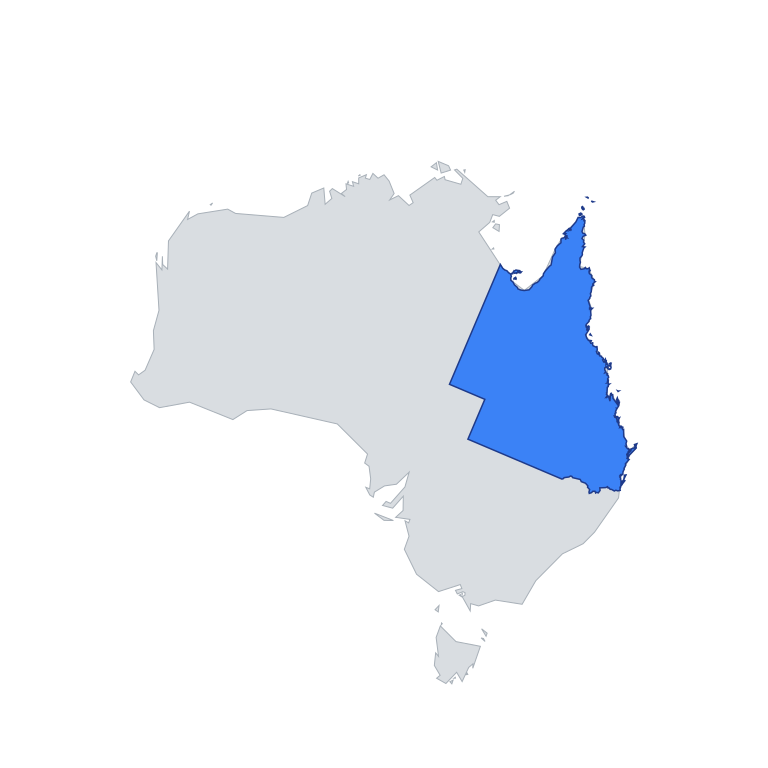 Australia, with Queensland highlighted, rotated 23°
{"feature_id": "AUS-2657", "entity_name": "Queensland", "entity_type": "State", "adm_level": 1, "iso_a3": "AUS", "parent_name": "Australia", "parent_adm1": "", "projection": "mercator", "projection_center": [147.106, -19.205], "detail": "fine", "context": "in_parent", "style": "filled", "palette": "blue", "viewbox_px": 768, "rotation_deg": 23, "n_neighbors": 0, "source": "natural_earth", "source_scale": "10m", "svg_char_len": 9892}
<svg xmlns="http://www.w3.org/2000/svg" viewBox="0 0 768 768"><g transform="rotate(23 384 384)"><path d="M510.7,167.9L518.1,199.4L527.3,197.8L537.7,207.2L539.5,226.7L545.7,233.5L547.3,251.7L551.7,261.3L582.2,279.1L594.3,308.7L597.7,310.2L598.3,304.9L605.0,310.3L606.0,307.7L608.8,322.8L612.8,327.4L621.5,332.1L638.6,358.2L638.0,375.8L644.4,397.2L635.7,438.1L629.7,453.2L614.6,470.6L600.6,505.7L597.2,532.8L570.9,539.4L557.8,551.3L549.6,552.3L552.0,559.2L539.1,549.2L541.0,546.8L540.1,544.4L537.8,544.3L533.5,548.6L530.4,546.0L535.6,541.9L532.6,538.8L515.3,553.8L488.3,546.4L467.3,528.2L466.5,514.3L456.8,501.7L460.9,502.2L460.8,498.5L446.8,502.2L451.0,493.0L445.6,479.7L440.5,494.9L430.1,496.4L431.8,491.3L436.6,491.3L443.5,470.6L441.6,455.3L434.6,471.4L424.3,477.6L417.4,487.3L418.4,492.4L414.3,491.7L407.6,486.2L411.8,486.1L408.8,476.5L402.4,465.6L397.1,464.3L396.2,454.9L356.6,439.0L289.7,451.1L268.3,462.0L258.8,475.8L212.1,476.7L186.6,493.5L169.3,492.4L150.0,481.1L149.8,469.6L154.5,471.5L158.7,464.7L158.9,442.0L150.9,425.0L148.1,404.1L126.7,361.3L135.0,365.8L130.1,353.0L133.6,360.5L139.9,362.8L129.7,336.5L137.4,300.9L138.9,309.3L146.2,300.1L171.8,284.1L180.7,285.0L226.7,269.8L244.0,249.6L242.9,236.5L252.0,227.1L259.6,241.6L263.5,233.6L258.6,227.8L260.1,224.3L275.0,226.7L270.3,225.3L273.5,219.6L270.8,214.6L278.8,213.9L275.9,210.1L282.5,209.6L280.2,204.2L286.0,198.2L286.4,201.8L291.0,201.3L291.5,194.5L298.1,196.9L302.3,191.4L309.4,195.2L318.9,204.7L317.3,212.4L323.7,205.0L337.3,209.9L340.0,205.7L334.0,200.0L350.0,174.1L353.1,175.8L358.5,169.4L360.4,172.1L376.7,170.1L376.2,163.9L365.3,159.4L367.1,157.8L406.4,171.0L417.8,166.2L415.0,171.2L419.8,174.0L425.7,167.9L430.9,173.1L424.7,184.6L417.9,185.6L418.2,193.9L411.8,207.0L447.5,230.9L457.3,233.3L460.4,239.0L476.6,243.0L488.1,222.2L488.9,192.1L490.7,180.9L494.7,178.2L491.6,173.1L501.5,151.6L510.7,167.9ZM530.4,584.7L550.9,593.0L575.2,587.8L576.8,611.0L575.2,606.8L572.7,611.8L572.2,627.4L563.5,621.0L558.0,635.5L547.4,634.3L549.5,630.2L540.3,623.4L536.6,611.3L540.6,613.4L531.0,596.9L530.4,584.7ZM346.9,157.9L358.2,157.9L361.7,161.1L354.2,167.5L346.9,157.9ZM425.7,506.6L446.0,506.0L437.3,509.5L425.7,506.6ZM428.0,192.2L430.3,198.6L423.1,197.6L424.2,193.0L428.0,192.2ZM637.5,355.1L637.0,347.2L639.8,340.6L640.9,345.4L637.5,355.1ZM569.5,571.2L576.3,573.1L576.5,576.3L569.5,571.2ZM345.8,159.8L349.7,166.1L342.5,165.7L345.8,159.8ZM523.0,572.6L519.2,571.8L521.2,566.4L523.0,572.6ZM466.1,228.2L462.7,230.1L459.3,231.2L461.0,227.5L466.1,228.2ZM126.7,359.4L123.9,355.6L123.6,352.0L124.1,351.8L126.7,359.4ZM575.0,579.4L577.6,581.5L572.6,579.8L575.0,579.4ZM611.3,323.8L613.9,323.8L613.9,327.3L611.3,323.8ZM548.1,251.5L551.2,253.5L550.7,254.6L548.1,251.5ZM563.3,629.6L563.6,633.5L561.0,632.3L563.3,629.6ZM642.0,378.8L642.3,383.2L641.9,383.2L642.0,378.8ZM375.6,157.6L373.8,155.9L375.0,155.0L375.6,157.6ZM428.3,158.0L425.5,161.2L428.8,155.6L428.3,158.0ZM642.4,373.5L641.1,375.0L642.0,373.4L642.4,373.5ZM432.4,216.8L430.9,217.5L431.7,215.9L432.4,216.8ZM422.3,192.0L420.4,192.4L421.6,190.4L422.3,192.0ZM155.5,284.3L154.9,287.0L154.0,286.8L155.5,284.3ZM498.2,150.1L498.1,152.3L497.3,150.7L498.2,150.1ZM537.8,545.6L538.3,547.3L537.6,546.8L537.8,545.6ZM424.8,162.1L421.1,164.3L424.9,161.5L424.8,162.1ZM280.5,201.0L279.1,202.6L280.0,200.8L280.5,201.0ZM564.7,626.8L563.4,627.5L564.2,626.1L564.7,626.8ZM464.5,235.9L462.4,235.9L463.5,234.5L464.5,235.9ZM272.9,212.7L271.9,213.6L271.8,211.5L272.9,212.7ZM574.6,618.6L572.8,619.7L573.4,617.6L574.6,618.6ZM499.4,144.2L499.2,145.7L498.1,145.0L499.4,144.2ZM536.8,547.9L538.6,549.5L535.7,549.0L536.8,547.9ZM585.8,278.9L584.5,279.0L585.0,277.2L585.8,278.9ZM597.1,304.6L596.4,304.7L596.9,303.3L597.1,304.6ZM531.3,581.9L530.8,583.3L530.3,581.5L531.3,581.9Z" fill="#d9dde1" stroke="#a8b0b8" stroke-width="1"/><path d="M444.4,228.5L448.2,231.2L450.7,231.9L452.8,231.7L455.2,232.9L457.3,233.2L459.2,235.1L459.2,236.9L460.3,239.0L462.8,239.7L465.4,241.8L469.1,243.0L470.0,244.1L473.1,244.1L476.5,243.2L480.8,240.6L482.2,236.5L482.1,234.9L483.9,232.0L485.4,230.7L486.6,227.9L486.5,226.7L488.3,222.1L487.7,220.3L488.4,216.6L490.3,210.9L491.3,209.2L489.5,201.2L490.5,196.3L488.8,193.0L489.6,189.1L491.7,184.9L490.3,181.4L490.9,180.2L492.5,179.2L493.2,177.2L494.1,177.9L494.8,180.4L494.4,178.4L495.7,177.9L493.4,177.1L495.3,176.2L493.0,176.1L491.7,175.1L492.4,174.5L491.3,174.4L491.3,175.4L491.8,175.6L490.4,175.6L492.0,171.5L493.2,171.6L492.5,171.2L493.5,168.6L494.5,167.9L494.6,169.9L495.2,169.0L495.9,169.4L496.0,169.0L495.0,168.2L495.0,167.1L497.3,159.8L497.6,154.8L499.8,154.1L501.4,151.7L502.7,151.4L503.5,152.2L502.2,153.5L502.0,154.7L503.2,153.7L504.1,154.6L504.2,155.5L505.1,155.1L506.0,157.7L505.9,159.1L506.8,160.4L506.1,161.7L506.7,166.4L508.3,167.6L509.8,167.2L511.6,168.1L509.5,170.4L509.4,172.8L511.7,173.6L512.2,175.5L514.0,176.5L513.0,180.0L515.4,179.4L514.8,180.6L514.9,182.6L515.2,185.9L516.0,187.1L516.1,188.5L515.2,191.5L516.3,194.1L517.2,195.0L517.5,197.5L518.4,200.1L520.5,201.5L523.3,199.7L523.8,198.1L525.1,198.9L526.9,198.1L527.5,196.9L528.7,198.3L528.7,199.6L529.3,199.3L529.1,201.0L529.9,202.1L532.8,202.9L533.3,204.5L534.4,205.4L536.9,205.8L537.6,207.3L538.5,207.2L537.1,210.2L537.5,211.3L538.2,210.9L538.5,211.3L537.7,212.0L537.2,213.7L538.7,218.0L538.6,220.0L540.0,222.1L539.6,224.0L540.0,224.8L539.2,227.2L543.3,232.0L544.0,233.1L543.5,233.6L543.9,234.5L544.8,233.1L545.3,233.4L546.3,232.9L545.3,235.4L547.7,239.9L547.7,241.6L548.7,243.1L548.2,243.8L547.9,245.3L548.3,246.2L546.9,250.0L547.0,251.3L548.1,252.8L549.2,253.2L549.5,255.0L551.2,255.2L550.4,259.9L552.8,262.6L555.2,264.0L556.4,263.9L558.4,265.7L559.8,265.0L560.0,264.0L560.4,265.9L561.4,267.1L565.0,267.2L565.4,266.7L565.1,265.8L566.8,268.9L567.3,270.9L566.9,271.1L568.4,272.8L569.7,272.9L569.3,271.0L570.2,271.3L571.5,273.8L573.4,273.5L574.1,274.3L576.0,274.7L576.4,275.6L575.8,276.3L577.6,277.9L578.4,277.7L577.9,277.4L578.5,277.0L578.1,276.0L579.1,276.3L579.6,275.9L580.3,278.1L580.7,277.4L581.2,277.7L581.2,278.9L582.5,278.4L584.4,282.5L583.6,282.4L582.8,281.1L582.2,281.6L581.4,281.1L581.7,282.0L580.9,283.0L581.9,285.0L583.2,285.8L583.0,287.3L583.6,286.7L586.0,287.4L585.6,288.5L587.2,288.8L588.2,290.1L587.8,291.8L588.3,292.7L588.5,292.3L589.0,292.7L589.4,294.0L588.9,294.3L589.6,294.7L589.0,295.8L589.7,295.4L590.3,295.7L590.7,296.8L591.5,296.2L590.9,297.6L591.4,298.8L590.8,299.7L592.6,304.8L592.3,305.2L593.0,306.0L592.8,306.5L594.2,307.3L593.7,309.4L595.7,307.8L598.7,311.5L597.1,306.7L597.8,305.0L598.7,304.5L600.5,307.8L605.9,311.0L604.9,308.5L605.3,307.1L606.2,307.3L606.0,308.0L606.6,308.4L606.7,307.5L607.1,308.7L607.7,308.9L607.3,309.8L606.7,309.8L607.4,311.3L608.0,309.9L608.6,312.2L608.1,315.4L607.5,315.5L608.0,316.0L607.8,318.7L608.8,319.9L608.1,320.7L609.4,323.3L608.5,323.5L609.4,324.4L611.0,324.3L612.5,325.9L613.3,327.7L614.4,327.9L616.5,330.5L617.7,330.7L617.9,331.7L618.3,331.0L619.7,331.8L618.7,330.3L619.1,330.1L620.2,330.6L620.1,331.2L620.8,330.7L621.2,332.4L622.0,332.8L622.4,332.4L625.2,338.7L629.7,341.7L630.1,344.5L631.8,346.7L630.9,347.0L632.6,348.0L634.1,348.5L634.3,347.9L635.4,348.5L635.6,350.4L634.8,351.2L636.0,350.7L636.0,351.5L635.2,352.4L635.0,354.0L636.7,356.2L636.7,358.2L637.3,356.1L638.0,357.7L639.1,357.7L637.4,363.2L638.2,364.3L637.9,367.9L638.4,368.4L638.3,371.4L639.2,374.1L637.5,374.6L637.0,375.8L638.0,375.8L637.3,377.4L638.6,378.2L638.9,379.4L639.9,380.1L641.6,384.6L642.2,384.4L641.6,386.7L642.1,386.7L642.2,388.5L643.0,389.6L641.0,391.0L638.9,391.2L637.8,392.5L634.7,392.1L633.3,392.6L631.6,391.7L630.9,392.2L629.9,391.2L628.6,392.7L623.2,395.3L624.5,397.6L623.8,400.5L621.9,400.7L621.4,401.6L620.1,400.3L618.1,401.2L617.5,402.9L615.7,404.5L614.9,403.4L614.5,400.8L611.7,399.5L611.4,398.1L608.2,396.6L603.8,396.8L601.9,395.2L594.3,396.5L592.9,395.6L591.5,395.9L590.6,397.3L586.4,399.8L586.1,401.0L584.9,402.0L482.8,402.0L482.8,358.7L444.4,358.7L444.4,228.5ZM641.2,344.3L637.5,353.9L637.7,355.2L637.2,355.8L635.8,352.7L637.3,349.1L637.3,348.0L636.6,347.5L639.4,344.9L639.5,343.3L638.2,341.9L640.1,340.2L640.1,342.7L641.2,344.3ZM466.6,227.2L466.3,228.3L465.0,228.7L464.3,227.7L463.4,228.2L463.9,228.7L463.3,228.7L462.9,230.2L462.3,229.9L461.1,231.0L460.1,230.9L459.5,230.1L459.5,231.1L459.1,231.4L459.3,229.5L460.9,227.6L464.7,226.6L466.1,227.5L466.6,227.2ZM613.8,324.9L614.7,326.9L613.6,327.3L610.6,323.2L611.8,322.7L613.4,323.9L613.9,323.3L613.8,324.9ZM551.2,252.9L551.4,253.8L550.8,254.5L549.7,254.3L549.4,253.1L548.1,251.4L549.6,251.8L549.8,250.7L550.7,251.3L550.4,252.2L551.2,252.9ZM642.0,378.6L643.5,378.9L642.3,383.4L641.6,383.4L641.6,380.1L642.0,378.6ZM642.0,378.1L641.1,373.9L642.2,373.2L642.0,378.1ZM498.1,150.1L499.2,151.7L498.0,152.4L497.1,151.3L498.1,150.1ZM464.4,235.2L464.5,236.0L463.1,236.0L462.7,236.6L462.4,236.0L463.5,234.4L464.4,235.2ZM499.4,144.2L499.9,145.0L499.3,145.8L498.5,145.6L498.4,144.4L499.4,144.2ZM586.1,279.5L584.3,279.1L585.1,277.2L585.3,278.3L586.1,279.5ZM498.1,143.5L498.1,144.3L497.5,144.8L496.9,143.9L497.4,143.1L498.1,143.5ZM503.3,134.6L505.6,134.4L504.8,135.0L503.3,134.6ZM597.0,303.2L597.1,304.8L596.6,305.7L596.4,304.5L597.0,303.2ZM604.2,305.6L605.2,306.8L604.2,307.4L604.2,305.6ZM584.8,275.7L584.3,277.6L583.7,277.0L584.8,275.7ZM498.3,132.5L499.2,132.8L499.2,133.1L497.6,132.9L498.3,132.5ZM554.3,257.3L555.6,258.2L554.1,258.3L554.3,257.3ZM557.9,263.1L557.9,263.8L557.3,263.9L556.8,263.4L557.9,263.1ZM499.0,149.9L499.4,149.9L499.8,150.4L499.1,150.7L499.0,149.9ZM615.1,326.9L615.8,328.7L615.1,327.6L615.1,326.9ZM594.6,307.3L595.1,307.6L594.5,308.7L594.3,307.9L594.6,307.3ZM586.5,280.9L586.7,281.7L585.9,282.4L585.8,282.0L586.5,280.9ZM578.2,274.7L578.6,275.2L578.5,275.8L578.2,275.7L578.2,274.7ZM601.8,299.0L602.4,299.0L602.8,298.8L602.4,299.4L601.8,299.0ZM458.4,232.3L458.9,232.1L459.2,232.3L458.6,232.8L458.4,232.3ZM635.9,348.4L636.5,349.1L636.4,349.3L635.9,348.4Z" fill="#3b82f6" stroke="#1e3a8a" stroke-width="1.5"/></g></svg>